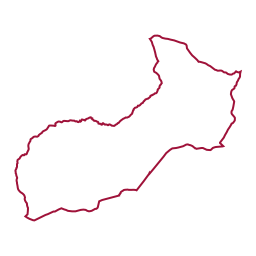 outline of Saliste, Sibiu, Romania
{"feature_id": "2599482B49493178649584", "entity_name": "Saliste", "entity_type": "district", "adm_level": 2, "iso_a3": "ROU", "parent_name": "Romania", "parent_adm1": "Sibiu", "projection": "mercator", "projection_center": [23.761, 45.54], "detail": "fine", "context": "isolated", "style": "outline", "palette": "rose", "viewbox_px": 256, "rotation_deg": 0, "n_neighbors": 0, "source": "geoboundaries", "source_scale": "gbopen_adm2", "svg_char_len": 5778}
<svg xmlns="http://www.w3.org/2000/svg" viewBox="0 0 256 256"><path d="M240.6,71.6L239.0,72.4L238.5,72.4L236.9,71.9L236.3,71.4L236.1,71.4L235.9,71.4L235.7,71.7L235.5,72.1L234.8,72.6L234.4,73.2L234.2,73.4L233.1,73.6L231.9,74.5L231.2,74.6L229.7,74.5L227.7,73.9L227.4,73.7L226.4,72.7L225.3,72.4L224.4,72.4L224.0,72.3L222.1,70.9L221.3,70.6L219.8,70.5L219.0,70.7L217.7,70.7L216.1,70.0L214.9,69.7L210.2,66.1L208.2,65.2L206.6,64.0L205.3,63.3L201.5,62.2L199.5,61.7L198.6,61.8L198.1,61.2L197.8,60.7L197.1,59.9L194.7,57.6L192.2,55.4L190.2,52.9L187.0,48.4L186.6,45.5L186.0,44.5L184.0,43.4L180.1,42.5L174.2,40.4L170.5,39.6L167.9,38.9L165.3,38.6L162.3,37.9L161.0,37.1L159.7,36.1L157.5,35.6L154.6,35.7L153.5,36.2L150.6,38.7L149.9,38.9L150.7,40.1L151.9,42.1L152.3,43.7L152.9,45.5L153.5,46.6L154.3,49.3L155.2,52.7L155.5,54.2L155.8,55.3L155.8,55.8L156.0,56.5L156.7,58.0L157.2,59.5L158.3,61.2L157.6,61.9L157.4,62.7L156.7,63.3L155.8,64.7L154.9,66.7L154.0,68.2L153.7,69.7L154.1,71.4L154.3,71.8L156.3,72.9L157.9,74.4L158.9,75.6L159.1,76.3L159.5,78.4L159.6,78.8L160.3,79.7L161.1,80.8L161.6,82.2L161.7,83.3L161.4,83.5L160.9,84.5L160.0,85.3L159.7,86.0L159.5,86.4L159.6,87.2L159.5,87.7L159.1,88.2L158.0,89.2L157.8,89.8L157.6,90.0L157.7,90.4L156.9,92.3L156.5,92.9L155.9,93.3L154.8,93.4L154.1,94.1L153.3,94.5L153.1,94.5L152.5,95.1L151.8,95.1L151.6,95.2L151.3,95.6L150.6,95.7L150.4,95.9L150.1,97.0L149.7,97.3L148.0,98.7L147.3,98.7L146.7,99.1L145.5,99.4L144.9,100.2L144.4,100.6L144.2,101.1L143.7,101.3L143.4,101.7L143.0,102.7L142.4,103.1L141.5,103.4L141.2,103.8L140.9,104.1L139.8,105.3L139.2,105.7L138.9,105.7L138.1,105.6L137.9,105.7L137.6,106.5L137.2,107.0L136.7,107.3L134.9,107.8L134.5,108.3L133.7,109.1L133.6,109.4L133.7,109.8L133.1,110.4L132.9,111.0L132.8,111.8L132.3,112.5L132.3,113.2L132.1,113.7L130.6,115.0L129.9,115.9L128.9,116.8L127.0,117.6L125.6,117.5L124.6,118.2L123.3,118.7L122.1,119.6L121.3,120.1L120.6,120.8L119.9,121.3L119.6,121.6L119.2,122.4L118.8,122.7L118.2,123.1L117.8,123.1L117.4,123.5L117.1,124.0L116.2,124.5L115.6,124.7L114.8,125.5L114.4,125.8L114.0,125.9L111.6,125.6L110.9,125.0L109.7,124.4L108.8,124.6L108.4,125.1L107.9,125.2L107.3,124.8L106.3,124.5L105.6,124.5L105.1,124.4L104.9,124.6L104.6,124.5L103.3,123.3L103.0,123.2L102.7,123.3L102.6,123.8L102.3,124.4L101.8,124.7L101.3,124.6L100.9,124.0L100.5,123.8L99.2,123.8L98.4,123.5L98.3,122.4L98.1,122.1L97.8,121.8L97.1,121.7L96.7,121.5L96.2,121.1L95.6,120.9L94.6,120.9L93.8,120.6L93.6,120.1L92.4,119.4L92.4,118.9L91.9,118.7L92.0,118.3L91.5,118.3L91.0,117.8L90.8,117.3L90.4,117.3L89.3,117.7L88.2,118.4L86.6,118.9L85.6,119.5L85.3,119.7L85.4,120.2L85.3,120.3L85.0,120.5L83.9,119.9L83.3,119.9L82.3,119.5L81.8,119.5L81.6,119.7L81.1,121.2L80.5,121.6L80.2,121.3L80.1,120.9L79.8,120.7L79.1,121.8L78.4,122.1L77.5,121.9L76.9,121.3L76.8,121.2L75.4,121.4L74.1,120.6L73.1,120.7L70.6,120.3L69.9,120.4L68.6,121.1L68.0,121.2L64.5,120.9L63.9,120.9L63.1,121.2L62.1,122.1L61.7,122.3L61.1,122.2L60.1,121.7L58.7,121.5L58.3,121.6L57.6,121.9L55.6,123.2L55.4,123.5L55.3,124.0L55.6,125.2L55.4,125.8L55.0,126.0L53.6,125.7L50.6,125.5L50.0,125.5L49.1,125.7L48.8,126.1L48.2,127.2L47.9,127.5L47.3,128.6L46.6,129.4L45.7,130.0L43.3,131.2L42.6,131.7L41.9,132.8L41.5,133.2L40.8,133.5L38.9,135.0L38.7,135.3L38.6,135.7L38.4,136.0L37.4,136.6L37.0,136.7L35.3,136.5L34.6,136.6L33.5,136.9L32.7,137.8L31.7,138.5L31.0,138.9L30.6,139.3L30.5,139.6L30.4,140.8L30.2,141.3L29.8,141.8L28.6,144.1L28.5,144.5L28.3,145.9L28.7,148.6L28.6,149.6L27.4,152.0L26.7,153.9L26.3,154.3L26.0,154.4L25.1,154.2L24.6,154.3L24.3,155.1L23.9,155.3L22.7,155.0L22.0,155.4L20.8,156.5L20.0,157.6L19.7,158.4L19.5,158.6L18.0,159.6L17.6,160.0L17.3,161.6L17.5,162.2L17.5,163.0L17.5,163.3L17.2,163.5L17.0,164.3L17.0,166.7L16.8,167.5L16.7,167.8L16.3,168.1L16.3,168.4L16.3,168.8L16.0,169.4L15.6,170.0L15.4,170.9L15.7,171.9L15.7,173.3L16.1,173.9L16.3,175.4L16.5,175.9L16.6,176.4L17.1,177.4L17.1,178.3L16.8,178.9L16.6,179.9L16.6,180.9L17.0,182.6L17.0,183.4L17.2,184.3L17.5,185.9L17.6,186.3L17.6,186.7L17.8,187.9L18.1,189.1L18.7,190.2L20.0,191.7L20.7,192.3L22.4,193.4L23.4,194.3L24.1,195.1L24.4,195.7L25.0,197.5L24.7,198.7L24.7,199.2L25.1,200.6L26.1,202.4L26.7,203.0L26.9,203.5L27.1,205.5L27.6,207.2L27.9,207.6L28.0,209.1L27.9,209.4L27.9,210.4L27.6,213.6L27.5,214.4L26.6,215.2L25.4,216.4L27.2,217.6L29.4,218.8L33.0,220.2L34.4,220.4L45.6,214.9L47.7,214.2L53.5,211.5L55.0,211.5L58.6,209.5L61.4,208.3L64.4,209.5L65.9,209.9L67.8,210.8L69.1,211.0L70.2,211.1L71.8,211.3L75.6,211.3L80.7,209.9L83.4,209.6L85.7,209.9L87.2,210.8L88.9,211.3L89.9,211.2L91.7,210.8L95.1,208.9L96.4,208.8L96.9,208.4L97.6,207.7L97.8,207.2L99.2,201.3L102.2,200.0L119.2,195.5L119.2,195.3L119.0,195.1L119.1,194.9L119.3,194.6L119.7,194.3L119.8,194.0L120.0,193.9L120.1,193.6L120.5,193.3L120.6,193.1L120.5,192.7L121.0,191.9L121.7,191.4L122.8,190.8L123.6,190.1L124.9,189.8L127.6,189.6L129.0,189.9L133.9,189.8L135.8,190.0L136.6,190.3L143.7,181.2L149.0,174.0L149.4,173.1L149.6,173.6L153.2,169.3L163.5,156.7L166.2,153.1L170.0,149.9L172.3,148.4L176.1,148.0L178.4,147.5L183.2,146.2L186.2,144.6L187.8,144.4L189.4,145.0L190.5,145.2L192.5,146.1L194.0,147.4L194.8,147.9L195.1,148.3L195.6,148.3L196.4,148.8L201.4,148.0L202.9,148.0L206.7,149.8L210.3,150.1L210.8,149.9L212.9,147.9L214.6,147.3L215.8,147.0L222.7,146.4L223.3,146.2L220.0,143.0L220.0,142.6L223.8,137.6L225.0,135.1L226.8,132.0L227.8,129.9L228.7,128.5L229.5,127.4L231.0,124.9L231.6,123.6L232.8,123.1L234.2,121.4L234.8,120.3L234.9,117.9L234.3,116.9L231.9,114.1L231.5,113.1L231.5,111.9L231.7,111.0L232.6,109.7L233.3,106.7L234.2,101.6L233.9,100.8L232.4,98.3L230.9,94.2L231.2,92.0L231.4,91.2L232.1,90.0L234.0,88.7L234.5,88.1L234.6,86.5L235.4,85.8L236.0,85.6L236.6,84.0L236.6,83.3L237.0,82.0L237.9,80.7L238.5,79.2L239.6,77.6L240.0,76.6L240.1,73.7L240.6,71.6Z" fill="none" stroke="#9f1239" stroke-width="2"/></svg>